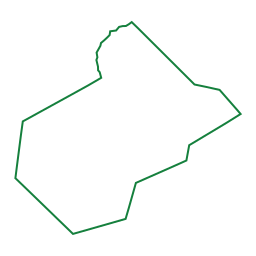 the district of Lagoa Alegre, Piauí, Brazil
{"feature_id": "56859067B42256533282614", "entity_name": "Lagoa Alegre", "entity_type": "district", "adm_level": 2, "iso_a3": "BRA", "parent_name": "Brazil", "parent_adm1": "Piauí", "projection": "mercator", "projection_center": [-42.558, -4.484], "detail": "fine", "context": "isolated", "style": "outline", "palette": "green", "viewbox_px": 256, "rotation_deg": 0, "n_neighbors": 0, "source": "geoboundaries", "source_scale": "gbopen_adm2", "svg_char_len": 569}
<svg xmlns="http://www.w3.org/2000/svg" viewBox="0 0 256 256"><path d="M122.6,26.1L119.1,26.9L116.1,30.5L110.2,31.3L109.6,35.1L107.0,37.7L104.2,40.3L101.0,43.0L100.4,45.8L96.6,52.6L97.4,57.3L96.4,60.0L98.0,66.7L98.1,70.3L99.7,72.2L101.2,77.8L88.0,85.5L22.8,121.4L20.9,135.3L17.1,164.7L15.4,178.2L25.9,188.3L73.0,233.9L125.6,218.9L128.8,208.0L135.9,182.9L181.1,162.9L186.4,160.5L189.2,145.2L227.2,122.4L240.6,114.0L237.9,110.8L219.6,89.9L206.1,86.9L194.5,84.5L138.1,28.3L131.7,22.1L128.9,24.2L125.9,26.0L122.6,26.1Z" fill="none" stroke="#15803d" stroke-width="2"/></svg>